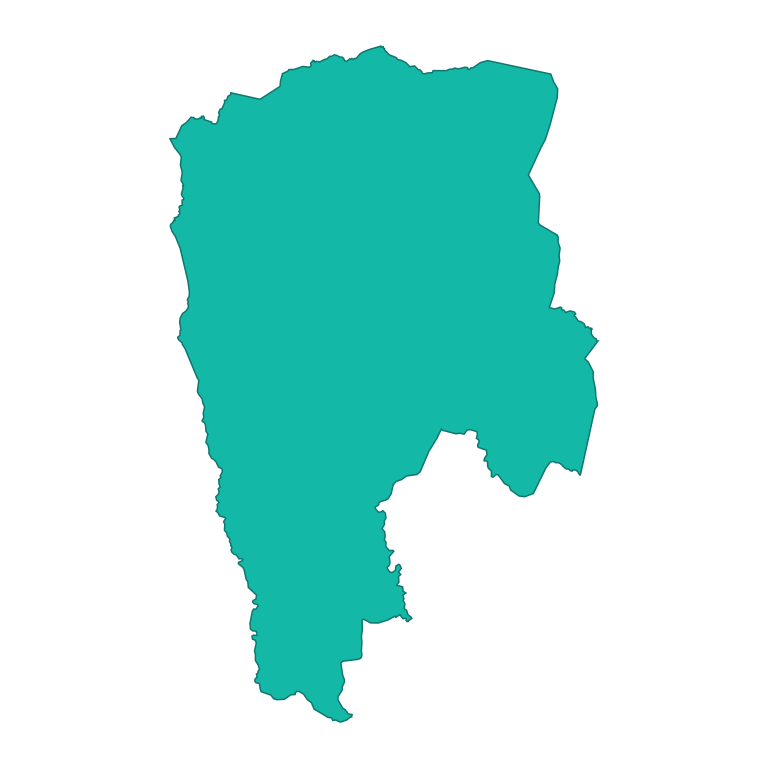 Macossa, Manica, Mozambique (Albers equal-area conic projection)
{"feature_id": "85939544B71036498933536", "entity_name": "Macossa", "entity_type": "district", "adm_level": 2, "iso_a3": "MOZ", "parent_name": "Mozambique", "parent_adm1": "Manica", "projection": "albers", "projection_center": [33.761, -18.03], "detail": "fine", "context": "isolated", "style": "filled", "palette": "teal", "viewbox_px": 768, "rotation_deg": 0, "n_neighbors": 0, "source": "geoboundaries", "source_scale": "gbopen_adm2", "svg_char_len": 6052}
<svg xmlns="http://www.w3.org/2000/svg" viewBox="0 0 768 768"><path d="M261.2,691.7L270.9,695.1L273.6,698.7L276.7,699.7L284.4,699.3L290.8,694.8L295.1,694.5L295.5,692.5L296.5,691.6L299.0,691.4L303.6,694.1L307.3,699.6L311.4,702.7L314.1,709.1L328.2,717.5L331.5,717.7L332.8,720.5L335.5,720.0L339.7,721.9L341.3,721.9L346.9,719.9L350.1,717.3L351.6,716.9L352.1,714.6L348.2,713.8L345.4,709.8L342.8,708.3L337.9,699.8L338.1,696.4L342.2,690.1L342.1,687.2L344.5,681.9L344.4,679.7L342.8,675.6L340.8,663.0L342.9,661.2L357.5,659.4L360.4,658.4L361.4,657.3L361.9,654.6L361.4,651.3L361.9,642.0L361.4,636.8L362.4,629.3L362.1,619.9L363.6,619.3L370.6,622.9L378.4,623.0L387.9,620.0L395.0,616.2L395.9,617.4L399.8,614.7L403.1,618.8L405.9,618.1L406.4,619.0L406.0,620.5L407.2,621.6L408.3,621.5L408.4,620.7L411.8,618.5L411.4,617.4L407.9,614.6L406.6,610.3L404.3,608.7L404.9,603.8L403.1,600.6L403.9,598.9L402.9,594.9L405.9,593.0L403.1,591.2L402.6,586.8L396.7,585.3L398.9,582.1L398.5,576.5L400.7,574.5L398.5,571.9L401.3,568.5L399.8,564.9L398.7,564.3L396.0,566.0L395.3,570.4L392.0,572.6L389.8,572.0L387.4,568.6L387.3,567.3L389.0,565.6L390.0,562.9L389.3,556.5L393.8,551.3L393.2,550.4L389.1,550.5L385.7,546.3L386.1,542.5L384.4,539.9L385.2,536.5L384.7,531.9L382.0,528.7L384.5,524.4L384.3,520.9L386.0,518.1L385.3,513.2L382.9,510.7L380.7,512.0L378.5,512.2L375.7,509.1L375.2,507.1L378.6,504.9L378.9,502.9L380.1,501.7L385.4,500.2L388.2,498.7L391.2,493.6L393.2,484.7L396.1,481.5L401.8,479.5L406.4,476.0L416.9,474.5L420.2,471.8L428.7,451.7L437.0,438.1L441.4,429.0L442.5,430.3L456.1,433.8L459.8,433.2L464.1,434.2L466.8,430.4L468.2,429.7L471.0,429.8L476.9,431.7L477.4,434.3L476.4,438.3L478.7,439.9L479.2,441.9L477.6,444.9L477.7,446.6L478.6,447.5L486.3,450.1L487.1,454.6L484.7,457.9L484.0,460.2L484.4,461.0L486.3,460.7L487.5,461.8L487.7,466.6L488.7,468.5L491.4,471.1L491.4,476.6L493.2,477.2L496.0,474.5L498.1,474.8L504.5,483.6L509.2,486.0L510.6,490.0L519.0,496.0L524.7,496.7L533.4,493.5L546.0,467.7L550.4,462.0L553.4,461.5L555.8,462.7L558.5,462.7L562.0,464.7L562.5,465.9L565.1,468.1L566.4,469.0L568.3,468.8L570.2,470.6L572.1,471.1L572.6,470.1L575.6,469.9L577.8,471.7L579.5,474.8L580.4,474.9L594.8,409.3L597.2,406.0L597.5,404.4L595.9,397.2L595.4,389.1L593.1,377.6L593.4,372.2L588.3,362.0L584.9,359.0L584.9,358.3L598.0,341.0L596.8,341.1L596.2,338.9L594.0,337.8L591.3,334.0L591.4,330.6L590.8,329.5L592.0,329.2L591.8,328.4L589.0,327.9L587.9,326.8L585.6,327.5L584.2,323.8L580.9,321.6L578.2,321.0L575.6,316.9L574.2,315.9L574.5,314.8L575.6,314.2L574.5,312.1L570.1,310.9L565.6,312.5L564.0,310.3L561.6,309.6L561.7,307.9L560.3,307.1L555.0,309.0L549.3,307.6L554.3,292.6L554.8,283.9L557.3,274.6L558.3,266.7L559.7,261.3L559.1,255.1L560.1,248.2L558.1,242.4L558.2,237.7L557.4,235.2L540.3,225.2L538.3,223.1L539.7,196.5L539.4,193.8L528.4,175.0L540.8,148.0L545.2,139.8L549.9,125.4L557.2,97.7L557.7,88.9L553.7,82.0L550.8,74.1L487.6,60.6L480.2,62.7L473.0,67.7L470.7,68.0L469.3,69.5L468.1,69.4L467.6,67.7L466.6,67.4L464.6,67.3L458.4,68.9L454.5,68.0L453.1,69.0L449.5,69.2L446.5,70.6L433.1,70.6L432.4,72.7L427.1,73.0L424.8,73.9L422.2,73.3L421.8,71.7L420.3,70.1L418.0,69.5L414.6,65.9L409.7,66.7L406.0,62.7L401.3,60.3L397.6,59.6L396.3,57.6L389.3,54.8L384.5,49.9L384.5,48.6L383.6,48.2L383.2,46.7L381.3,47.2L380.9,46.1L369.0,49.6L362.6,52.2L360.0,53.9L356.4,58.3L354.2,58.6L353.3,59.5L351.8,58.5L351.1,59.2L349.7,58.9L346.9,61.3L344.5,60.7L344.0,59.0L342.5,57.2L339.5,57.0L336.9,55.4L334.1,54.8L331.7,56.3L329.7,56.3L326.9,58.9L324.1,59.6L319.9,61.9L316.5,61.4L314.6,62.1L314.3,60.9L313.0,60.4L310.6,63.3L311.2,65.7L310.4,66.7L308.6,67.2L302.8,66.4L294.3,69.4L288.8,69.6L287.7,71.3L282.5,73.6L280.5,80.9L280.0,86.4L260.0,99.3L230.8,92.8L230.5,94.8L227.9,96.4L226.8,99.9L224.5,100.4L224.7,102.6L221.8,109.0L220.2,109.1L218.6,112.6L219.7,115.2L218.6,116.4L217.9,121.2L216.0,123.9L212.5,123.6L211.5,122.9L211.6,122.0L204.3,119.7L204.3,117.4L203.3,116.1L201.5,116.4L201.2,118.2L200.4,117.7L197.9,119.2L194.6,118.7L193.9,117.6L191.1,117.2L186.4,122.5L181.8,125.7L175.9,138.4L170.0,138.7L174.5,147.4L180.1,154.6L181.3,157.3L180.4,165.1L182.0,171.1L182.1,173.7L181.0,180.5L183.2,184.2L182.7,185.6L183.5,186.0L182.8,186.9L183.1,188.0L181.4,193.9L182.3,196.5L183.7,197.7L183.6,199.3L182.1,200.1L182.2,205.3L179.8,206.0L179.1,206.9L179.8,210.3L178.8,211.5L180.1,213.0L180.0,213.8L178.3,215.1L178.5,216.4L174.3,218.0L175.1,220.3L173.8,220.4L173.6,221.5L170.7,224.5L170.3,226.1L171.9,231.1L175.5,236.7L180.2,248.4L187.9,281.0L189.4,292.1L189.1,296.1L187.3,299.9L188.3,302.0L187.7,303.8L188.5,305.9L188.1,307.8L185.9,311.1L182.5,313.5L180.2,318.1L179.6,322.1L180.9,329.8L180.1,330.4L179.9,335.6L178.0,336.8L177.7,338.1L179.1,340.3L182.3,342.9L182.2,344.2L185.0,348.5L197.0,377.4L198.8,380.5L197.4,391.2L198.4,394.0L202.1,398.8L202.9,403.2L204.6,406.9L203.2,413.2L203.8,417.5L202.1,420.7L202.4,421.6L204.2,422.3L205.5,425.2L206.0,431.4L207.8,434.0L205.9,442.4L208.1,445.5L209.0,449.9L208.9,453.5L211.6,458.3L213.8,459.4L216.1,462.0L218.6,467.3L221.2,468.3L222.3,470.0L222.3,471.9L220.2,475.9L220.9,477.6L218.7,479.7L219.1,484.4L220.2,486.9L218.2,488.9L219.2,492.0L218.3,494.3L215.8,496.8L216.7,500.4L218.3,501.3L218.9,502.6L217.1,504.8L217.6,506.8L217.1,509.5L216.0,511.1L217.9,512.6L219.5,515.9L225.5,517.7L225.6,518.5L223.6,521.7L224.8,524.4L224.4,530.2L226.7,532.9L227.4,536.3L229.8,538.8L229.6,542.0L230.9,543.8L230.7,545.8L232.0,547.1L231.2,549.8L231.5,551.7L233.8,554.1L236.4,555.0L239.0,558.9L241.9,558.7L242.9,559.5L242.1,560.8L238.4,562.4L238.5,563.9L242.6,567.1L244.0,569.3L246.2,579.3L247.9,582.1L248.3,587.5L256.5,595.0L256.0,598.9L253.1,600.5L252.6,602.1L254.0,603.7L257.2,604.5L258.3,605.5L256.0,609.2L253.7,609.0L252.4,610.9L250.0,623.3L250.4,629.0L252.7,630.9L256.0,631.1L257.0,633.7L256.8,635.4L253.4,635.2L252.2,635.8L252.0,636.7L252.5,639.2L255.3,640.2L256.3,643.0L254.5,650.9L255.4,654.4L255.4,660.5L258.2,665.1L259.5,669.4L258.0,671.2L258.1,672.7L256.5,674.1L257.1,677.0L255.0,679.1L254.9,681.4L256.0,682.8L259.0,683.3L259.5,684.1L260.2,689.0L261.2,691.7Z" fill="#14b8a6" stroke="#0f766e" stroke-width="1.5"/></svg>